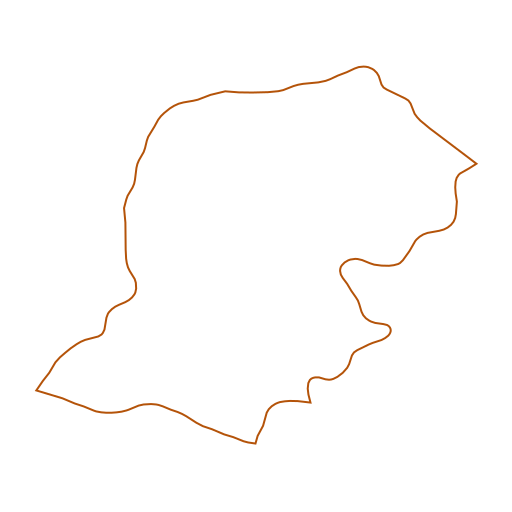 outline of Los Hidalgos, Puerto Plata, Dominican Republic, rotated 89°
{"feature_id": "3306468B64768612261884", "entity_name": "Los Hidalgos", "entity_type": "district", "adm_level": 2, "iso_a3": "DOM", "parent_name": "Dominican Republic", "parent_adm1": "Puerto Plata", "projection": "equal_earth", "projection_center": [-70.999, 19.734], "detail": "fine", "context": "isolated", "style": "outline", "palette": "amber", "viewbox_px": 512, "rotation_deg": 89, "n_neighbors": 0, "source": "geoboundaries", "source_scale": "gbopen_adm2", "svg_char_len": 2749}
<svg xmlns="http://www.w3.org/2000/svg" viewBox="0 0 512 512"><g transform="rotate(89 256 256)"><path d="M443.5,259.8L435.9,257.5L425.9,251.9L412.8,248.0L409.4,245.9L406.5,242.9L404.2,239.2L403.3,237.1L402.5,234.7L401.8,229.8L401.5,224.7L401.8,216.9L403.5,204.1L395.4,206.0L389.5,206.6L384.0,205.9L380.9,204.3L379.6,202.8L378.8,200.9L378.4,198.9L378.5,195.1L380.5,188.7L381.0,185.1L380.8,183.0L380.2,180.8L378.3,176.8L374.3,171.3L369.4,166.8L365.8,164.8L357.1,161.8L354.1,159.7L351.9,156.4L346.5,144.9L344.9,140.8L342.2,132.0L340.3,128.3L338.0,125.2L336.6,124.0L335.0,123.1L333.3,122.6L331.5,122.7L329.9,123.3L328.4,124.5L327.3,126.1L326.3,129.8L325.0,138.0L323.6,142.0L322.6,143.9L320.2,147.2L317.1,149.8L313.5,151.5L306.0,153.6L302.3,154.9L299.0,156.9L292.5,161.3L285.5,165.3L279.4,169.7L276.1,171.5L272.4,172.2L270.4,172.0L268.5,171.4L266.9,170.4L264.0,167.5L261.9,163.8L261.2,161.7L260.6,156.8L260.8,154.4L261.9,150.0L265.2,142.3L266.7,138.0L267.8,130.6L268.1,123.2L267.6,118.4L266.5,114.0L265.5,112.1L262.8,109.2L253.8,102.5L243.8,96.5L242.3,95.2L239.6,92.1L237.4,88.4L235.9,84.1L234.0,72.4L232.8,67.8L230.9,63.9L228.3,60.5L225.2,57.9L221.5,56.2L217.6,55.4L205.1,54.2L196.9,55.3L190.8,55.6L185.0,55.1L181.4,54.0L178.3,51.9L177.0,50.4L172.1,41.4L167.6,34.0L159.3,44.5L131.5,80.0L123.5,89.3L120.1,92.4L116.6,94.9L106.2,98.8L103.2,100.9L101.1,104.1L91.9,122.3L89.8,125.5L86.8,127.5L78.3,130.1L75.0,132.0L72.2,134.7L71.0,136.4L69.2,140.4L68.7,142.8L68.5,145.2L68.9,150.0L70.3,154.2L73.8,162.0L77.0,170.9L80.6,179.0L82.1,183.3L83.5,190.7L84.7,206.0L85.5,210.9L86.7,215.4L90.6,225.9L91.6,230.8L92.4,241.1L92.5,257.0L92.1,270.3L90.8,283.9L94.1,298.7L98.7,311.4L99.7,316.1L101.2,325.9L102.4,330.7L104.4,335.3L106.9,339.5L111.3,345.2L114.5,348.6L118.0,351.4L125.0,355.4L134.9,361.7L138.6,363.1L146.3,365.1L150.1,366.5L158.3,371.4L161.9,373.0L165.8,374.0L177.8,375.7L181.7,376.6L185.3,378.2L193.5,383.3L197.2,384.7L205.8,387.1L220.3,386.0L247.5,386.2L256.5,385.9L260.9,385.3L265.1,384.2L268.8,382.5L276.9,377.7L280.7,376.6L286.5,376.4L290.4,377.3L292.2,378.2L295.3,380.7L297.9,383.9L299.9,387.6L302.4,393.8L304.2,397.6L306.6,401.0L309.5,403.9L311.0,405.0L315.0,406.6L326.9,408.8L330.3,410.5L331.8,411.8L333.7,415.1L336.9,428.3L338.7,432.7L341.0,436.8L345.0,442.8L349.4,448.4L353.9,453.8L358.8,458.4L369.2,464.8L377.2,471.3L386.6,478.0L394.9,452.0L400.3,439.8L403.4,430.9L407.8,420.7L408.6,418.5L409.6,413.5L410.1,408.5L410.2,403.3L409.9,398.2L409.3,393.1L408.2,388.3L407.5,386.1L403.5,375.9L402.5,371.0L402.2,363.5L402.7,358.5L403.2,356.1L404.7,351.8L408.2,343.8L410.6,337.1L412.6,332.7L415.0,328.5L421.7,318.5L425.2,312.1L428.4,303.1L433.8,291.0L436.7,281.9L441.0,271.7L442.3,267.1L443.5,259.8Z" fill="none" stroke="#b45309" stroke-width="2"/></g></svg>